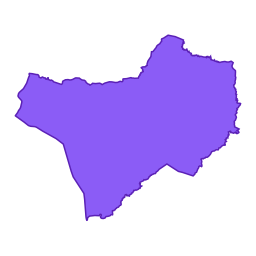 outline of Duc Co, Gia Lai, Vietnam
{"feature_id": "81297802B6947069841891", "entity_name": "Duc Co", "entity_type": "district", "adm_level": 2, "iso_a3": "VNM", "parent_name": "Vietnam", "parent_adm1": "Gia Lai", "projection": "orthographic", "projection_center": [107.696, 13.77], "detail": "fine", "context": "isolated", "style": "filled", "palette": "violet", "viewbox_px": 256, "rotation_deg": 0, "n_neighbors": 0, "source": "geoboundaries", "source_scale": "gbopen_adm2", "svg_char_len": 5747}
<svg xmlns="http://www.w3.org/2000/svg" viewBox="0 0 256 256"><path d="M235.8,77.9L235.7,77.1L235.3,76.3L235.5,71.9L235.4,70.6L233.0,68.5L232.1,66.8L232.0,65.8L233.2,62.7L231.4,61.3L230.8,61.3L228.8,62.0L226.8,62.0L225.5,61.6L224.5,61.5L221.3,62.0L219.8,62.5L219.2,62.3L218.7,61.8L218.2,62.2L217.7,61.7L217.2,61.8L216.9,61.1L216.6,61.1L216.3,61.5L215.0,61.1L214.6,60.2L214.4,60.6L214.1,60.7L213.3,60.2L212.2,60.2L211.5,59.5L210.9,59.5L211.0,58.6L210.8,57.0L210.4,56.9L210.4,56.5L209.9,57.1L209.0,57.0L209.1,57.5L208.3,57.2L207.9,56.6L207.6,57.0L206.9,56.6L206.5,56.6L206.1,57.0L206.2,57.5L205.2,57.1L204.0,57.1L201.4,56.4L200.2,56.3L199.7,56.7L199.3,56.4L198.9,56.3L198.7,55.8L198.3,56.3L197.9,56.4L196.8,55.0L196.1,55.1L195.8,55.4L195.3,55.3L194.8,55.6L194.5,55.4L194.2,55.7L193.3,55.4L193.0,55.7L192.7,55.4L192.1,55.6L191.7,55.0L191.0,54.7L191.0,54.3L191.3,53.4L189.8,52.8L188.9,52.2L189.0,51.5L188.2,51.8L187.9,51.7L187.6,50.7L186.8,50.2L187.0,49.2L186.8,49.1L186.4,49.2L186.0,50.0L184.8,50.1L184.1,49.4L183.7,49.7L183.3,48.9L182.7,49.0L182.7,47.9L182.0,47.4L181.8,46.6L182.4,46.3L182.3,45.8L182.7,45.0L182.4,44.6L182.8,43.9L183.2,43.7L183.1,43.4L183.5,43.3L183.1,42.9L183.1,42.7L183.8,42.6L183.5,42.3L183.8,41.7L183.3,41.4L183.4,40.0L175.2,36.6L168.1,35.2L163.6,38.1L161.7,38.9L161.5,39.4L161.6,41.4L160.6,42.3L160.0,43.6L157.7,45.1L157.1,45.7L156.6,46.3L156.2,47.5L155.1,48.8L153.2,51.3L152.8,51.6L151.5,51.7L150.9,56.6L147.9,61.1L147.0,64.1L147.2,65.4L146.0,65.9L145.8,66.5L145.3,66.8L142.8,66.9L141.3,67.5L141.2,67.7L141.4,68.0L142.2,68.7L142.7,69.3L142.6,70.4L143.2,71.1L143.2,71.6L140.9,72.7L140.9,73.4L140.6,73.8L139.9,74.3L140.0,75.2L138.9,76.3L138.3,78.1L134.6,78.3L133.0,78.0L131.9,78.1L131.2,77.7L130.6,77.7L126.8,78.6L123.2,78.9L122.9,79.2L123.0,80.6L122.5,81.4L122.1,81.7L120.1,81.3L117.5,82.4L115.4,82.5L111.9,81.9L109.3,81.8L104.8,83.1L102.1,84.6L100.8,83.6L99.6,83.2L95.5,83.6L92.5,83.3L91.8,84.1L90.0,85.1L89.3,84.4L87.7,83.8L86.8,83.0L86.1,82.5L85.7,81.3L84.4,80.3L82.2,80.0L80.7,79.2L79.3,78.1L76.0,77.9L75.3,78.0L72.7,79.4L71.0,79.9L69.6,80.0L68.8,79.7L67.6,79.6L65.4,79.8L62.9,81.1L62.6,81.7L62.5,83.1L61.8,84.2L61.3,84.4L53.5,81.8L52.8,80.8L51.6,80.2L51.1,80.0L50.7,80.4L50.2,80.4L48.7,79.5L48.1,79.5L48.0,79.2L48.3,78.5L48.2,77.8L47.8,77.8L46.9,78.9L46.3,79.2L45.5,78.8L45.4,78.0L43.5,77.7L42.7,77.0L42.1,77.1L41.2,77.8L40.6,77.9L39.1,77.1L38.9,75.8L38.1,74.8L37.7,74.6L36.2,74.5L32.3,73.7L29.4,73.4L29.2,73.6L29.1,74.1L29.4,75.2L29.3,76.3L28.8,76.8L26.7,83.1L23.5,88.6L19.3,92.4L18.5,93.7L18.0,95.9L18.2,96.6L18.8,97.5L21.6,100.6L21.8,101.1L21.8,102.2L20.7,107.0L20.1,108.5L18.6,110.5L17.6,112.6L15.4,115.6L15.4,115.8L16.0,116.3L24.1,122.1L28.4,125.5L29.4,125.9L30.8,126.3L34.5,126.6L35.5,126.8L36.8,127.4L42.8,131.2L56.1,138.6L63.3,144.1L71.2,171.2L73.2,176.9L83.9,193.4L84.6,199.0L86.0,217.0L86.4,219.2L87.0,220.8L87.1,220.0L87.4,219.5L87.7,217.6L89.6,216.1L94.8,215.5L99.2,215.7L99.9,214.5L100.5,214.3L101.1,214.5L101.3,215.0L101.2,215.6L100.6,216.5L100.6,217.4L101.2,218.1L101.9,218.4L103.3,218.5L105.0,218.0L106.1,216.5L107.6,216.4L109.9,215.8L111.2,214.6L112.5,214.8L112.7,214.1L112.4,212.0L112.4,210.8L112.8,210.6L113.8,210.7L114.4,210.0L115.1,209.8L115.6,208.8L116.4,208.3L116.8,207.7L118.5,207.1L119.5,205.7L120.7,205.2L121.1,204.6L121.2,203.9L120.7,202.8L121.1,202.1L120.9,201.2L122.2,200.2L122.2,199.0L123.0,198.7L123.3,197.5L123.7,197.3L124.3,197.5L124.6,197.3L125.1,195.1L125.3,194.8L126.5,194.5L126.8,194.7L126.7,195.5L126.9,195.8L128.2,195.7L129.4,196.1L129.5,195.9L129.2,195.2L131.5,193.9L131.6,193.1L132.4,192.9L132.8,192.6L133.8,190.4L134.6,190.6L135.3,190.0L136.6,190.1L138.6,189.1L139.2,188.2L140.0,188.3L140.2,187.9L140.3,186.7L141.4,186.4L141.7,186.1L140.7,185.8L140.1,185.3L140.3,183.8L139.6,183.9L139.5,183.7L139.9,183.1L139.9,182.4L143.6,180.6L143.9,179.7L144.5,179.9L145.2,179.6L145.6,179.9L148.0,178.9L148.9,177.4L149.1,176.8L149.9,176.5L150.4,175.3L151.5,175.2L152.1,174.4L153.0,174.3L153.8,173.7L155.2,173.6L155.9,172.8L156.2,172.0L157.7,171.0L159.1,169.3L166.9,164.0L178.4,171.4L182.5,172.4L193.1,175.9L194.8,174.2L195.2,172.9L196.5,172.3L197.9,168.8L198.7,167.7L198.8,166.6L199.7,166.0L201.0,166.2L201.6,166.6L201.8,166.4L201.9,165.2L201.4,163.3L201.8,161.8L201.4,159.8L201.0,159.2L201.2,158.9L202.2,158.5L203.1,158.9L204.3,158.1L205.1,158.0L205.8,157.2L207.0,157.3L207.7,157.0L209.3,155.6L210.5,154.1L211.7,151.7L213.2,151.1L214.6,150.9L215.3,150.2L216.2,149.8L216.9,149.7L218.1,149.9L218.4,149.6L218.9,148.0L220.4,147.7L221.4,146.4L222.7,145.5L223.9,145.1L224.9,145.2L225.2,145.0L225.2,144.6L224.7,144.4L224.5,144.1L225.0,143.4L225.0,142.3L225.2,142.0L226.4,141.5L225.2,139.8L226.4,139.0L226.2,138.2L226.4,138.0L227.9,137.9L227.7,137.1L228.2,136.3L228.2,134.9L228.3,134.7L229.0,134.7L228.6,133.9L228.9,133.3L228.9,132.9L228.4,132.0L229.8,131.3L230.6,131.3L230.8,131.6L230.8,132.6L231.6,132.6L233.7,133.2L235.4,132.2L236.0,132.1L236.2,132.3L235.6,132.9L236.9,133.6L237.8,133.3L238.9,132.5L238.5,131.4L237.1,130.4L238.8,129.4L239.1,129.0L234.6,126.8L234.7,125.8L234.3,124.6L234.5,122.9L234.2,121.9L234.3,121.3L235.4,120.1L236.4,117.4L236.1,116.3L235.3,115.0L235.3,114.7L235.5,114.3L236.9,112.9L236.9,112.6L236.3,112.0L236.6,110.6L237.4,109.6L236.9,108.9L236.9,108.4L238.0,107.8L238.4,107.4L238.8,106.4L239.9,105.4L240.6,103.7L240.1,103.3L238.0,103.2L237.1,102.9L237.0,102.4L237.6,100.5L236.2,100.3L235.9,100.0L236.0,99.7L237.2,99.0L237.0,98.6L236.1,98.2L236.4,96.7L236.2,95.3L236.7,94.5L236.5,94.2L235.8,94.2L235.7,94.0L235.7,93.3L236.2,92.4L236.3,91.6L235.6,90.7L235.8,89.3L235.6,89.0L235.0,88.9L234.8,88.7L234.8,87.8L234.0,87.1L233.7,85.1L233.8,84.9L234.4,84.6L235.1,83.2L235.2,82.5L235.0,81.4L235.6,79.1L235.5,78.3L235.8,77.9Z" fill="#8b5cf6" stroke="#5b21b6" stroke-width="1.5"/></svg>